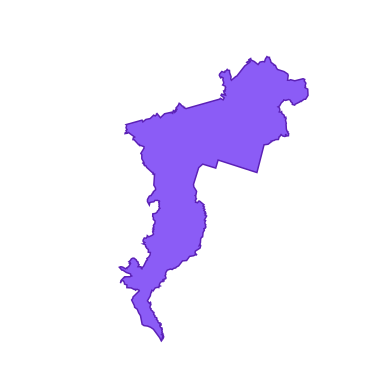 Magdalena, Jalisco, Mexico, rotated 287°
{"feature_id": "50627088B43040746826510", "entity_name": "Magdalena", "entity_type": "district", "adm_level": 2, "iso_a3": "MEX", "parent_name": "Mexico", "parent_adm1": "Jalisco", "projection": "mercator", "projection_center": [-104.086, 20.911], "detail": "fine", "context": "isolated", "style": "filled", "palette": "violet", "viewbox_px": 384, "rotation_deg": 287, "n_neighbors": 0, "source": "geoboundaries", "source_scale": "gbopen_adm2", "svg_char_len": 6044}
<svg xmlns="http://www.w3.org/2000/svg" viewBox="0 0 384 384"><g transform="rotate(287 192 192)"><path d="M318.3,274.7L324.2,272.6L324.9,269.5L326.2,269.7L326.6,269.2L329.4,269.1L331.0,266.9L332.6,266.9L332.8,265.1L328.4,257.8L328.2,253.4L327.3,252.5L326.8,250.7L331.6,249.9L332.8,249.1L334.1,244.8L334.2,237.9L335.5,236.3L337.2,235.0L337.5,234.4L337.2,233.5L337.8,233.3L339.1,229.7L341.8,227.9L342.2,227.1L343.4,226.7L343.1,224.8L343.4,224.1L340.7,223.3L337.7,223.3L337.5,221.6L336.1,219.0L333.2,217.9L335.0,213.4L335.5,209.9L336.8,209.1L335.2,207.7L333.7,209.6L332.6,209.0L333.6,207.7L332.0,206.4L331.3,208.1L328.0,205.6L316.0,201.0L315.1,200.0L310.4,197.0L311.5,196.0L313.6,195.7L317.1,193.1L319.2,192.3L319.0,190.5L319.5,189.8L318.0,189.3L317.1,188.1L316.1,188.4L315.8,188.0L316.0,185.3L312.8,183.9L311.6,184.0L309.8,185.7L309.5,186.2L310.6,186.7L310.1,188.6L308.2,188.7L306.3,190.2L304.8,190.5L303.3,190.0L302.9,192.7L302.0,193.6L301.1,193.3L300.1,194.0L299.2,193.5L297.9,194.7L298.4,194.0L297.9,192.7L295.9,194.0L295.7,194.9L294.4,195.8L294.3,191.7L292.8,191.5L291.4,195.3L289.2,194.8L289.9,191.7L288.9,191.3L270.0,161.9L270.2,160.0L270.8,160.0L270.7,158.8L271.4,158.3L271.4,157.1L272.7,155.2L273.1,153.8L270.7,153.5L267.6,152.1L266.8,153.3L265.9,152.2L265.3,152.3L265.0,153.2L263.1,152.2L264.5,150.9L264.5,150.4L261.6,150.5L261.9,149.6L261.6,148.6L262.1,148.7L258.8,142.9L253.8,140.1L256.8,135.6L256.1,135.2L255.7,135.6L254.0,134.6L254.3,132.9L250.0,130.5L247.9,126.7L244.7,124.5L246.1,123.2L237.2,109.3L237.0,109.8L235.9,110.1L234.1,110.1L232.6,111.7L231.6,110.9L229.8,112.4L229.3,110.9L228.3,110.9L229.3,113.0L230.3,113.8L227.8,121.1L226.5,120.0L224.8,120.2L225.0,121.5L221.6,127.2L222.0,127.9L221.1,128.4L221.5,129.8L221.3,132.8L219.8,133.3L213.9,131.8L213.0,133.1L209.1,134.3L206.4,137.2L205.3,136.5L205.0,137.2L205.3,137.8L204.5,138.2L204.5,137.8L203.7,138.4L203.3,139.1L203.7,140.0L202.2,141.6L198.3,149.8L197.8,149.5L197.8,149.9L198.3,149.8L197.2,150.9L197.5,151.1L187.4,153.5L185.2,155.9L183.5,156.5L180.9,154.9L180.0,155.2L179.5,154.6L176.7,154.0L176.4,153.2L175.3,152.3L171.8,151.6L169.8,152.2L167.1,155.0L168.5,154.9L169.1,154.3L170.3,155.8L171.5,158.4L173.1,159.0L173.9,161.4L173.8,163.5L173.3,163.7L172.5,163.2L171.1,164.3L170.7,164.0L169.2,164.8L168.4,164.6L167.0,166.1L165.9,165.2L165.2,165.5L163.5,164.5L162.4,164.5L160.9,163.3L159.7,160.9L157.2,161.5L156.4,162.5L154.5,163.0L153.5,165.1L152.9,165.3L150.7,165.7L150.0,165.1L148.4,164.9L147.4,165.8L146.0,165.2L145.4,166.4L144.8,166.4L144.2,165.6L143.3,166.6L142.5,166.0L140.5,167.5L139.2,166.8L136.5,163.8L137.2,162.0L135.6,162.2L134.4,161.6L134.1,159.8L131.6,159.3L130.4,159.7L129.9,161.5L129.3,160.9L128.5,161.4L128.1,160.6L127.9,162.9L126.1,163.7L126.2,164.2L125.0,165.1L124.2,167.1L121.6,167.8L122.0,169.9L119.7,170.3L117.0,169.6L115.2,168.3L114.2,169.2L113.0,168.4L106.7,167.4L105.2,166.5L103.9,166.6L103.9,166.0L105.6,165.0L104.8,162.2L107.0,162.7L107.7,161.5L109.3,160.9L109.6,159.6L110.8,158.5L111.8,155.9L111.3,154.5L110.2,153.5L108.5,153.1L106.8,152.0L106.3,153.6L105.8,154.0L105.3,153.3L105.0,154.0L102.1,153.2L100.5,151.8L99.9,152.0L100.0,151.5L99.1,150.8L99.8,148.4L99.9,146.7L99.6,145.5L98.8,144.5L96.8,147.7L97.0,148.9L95.8,152.8L95.7,157.1L94.6,157.7L94.1,158.9L92.9,157.5L91.2,152.3L90.5,152.5L90.2,151.8L86.6,150.0L83.9,150.2L86.8,150.7L86.9,152.4L85.6,153.8L84.2,154.4L84.1,156.9L81.5,157.7L82.5,161.9L81.9,165.2L82.4,165.9L81.6,166.7L82.9,167.8L82.6,170.1L82.1,170.5L74.4,166.3L72.9,166.5L71.1,165.8L66.5,170.1L65.0,170.8L63.9,173.9L60.9,176.3L58.8,178.8L50.9,183.0L50.2,185.1L50.8,188.8L50.5,192.0L49.5,195.2L43.2,203.7L40.6,206.2L41.6,206.6L42.4,206.2L42.8,206.8L43.9,206.2L44.3,206.4L43.9,207.2L45.2,207.3L45.6,207.0L45.6,206.2L46.6,206.4L46.7,204.8L47.8,205.7L48.5,205.1L48.5,204.3L49.9,204.3L50.9,203.5L51.5,203.8L52.3,203.5L52.3,202.9L53.1,203.0L53.3,201.6L54.6,200.3L55.2,200.3L55.6,201.3L56.7,201.0L56.2,200.1L57.5,199.6L57.1,198.5L57.8,197.4L58.9,197.0L59.8,195.3L60.5,195.5L61.4,195.0L61.7,192.9L63.0,192.6L63.6,191.2L65.7,190.8L65.9,189.4L66.5,189.2L67.4,187.0L68.5,186.9L68.9,185.8L70.0,185.3L72.3,185.6L72.6,184.9L73.6,185.1L74.4,184.5L73.2,183.6L74.9,181.2L80.6,182.5L83.2,182.1L84.1,182.6L84.5,182.3L86.3,182.4L86.0,183.7L89.6,184.9L90.8,187.1L90.9,188.2L92.0,188.0L92.8,189.0L92.9,188.3L93.7,187.9L95.2,187.9L97.5,189.0L97.8,190.3L98.4,190.1L98.6,190.9L99.5,190.2L99.5,191.0L100.6,190.8L101.3,192.1L102.2,192.3L104.3,190.7L105.3,191.1L106.9,190.4L110.0,191.2L112.0,193.9L112.1,195.7L113.7,196.9L114.6,198.6L115.7,199.0L117.4,200.8L123.3,203.0L124.9,206.9L129.7,208.5L131.6,212.3L132.8,213.3L133.0,214.5L133.4,214.7L134.7,212.7L136.5,212.5L140.7,216.1L143.3,216.0L143.9,215.4L143.1,214.6L145.9,214.9L149.7,214.0L151.6,214.4L152.1,215.2L152.7,215.2L156.5,214.4L159.1,215.0L160.4,214.1L161.4,215.3L162.3,215.1L162.6,215.5L164.0,214.6L164.8,214.7L165.5,213.6L167.1,213.1L168.6,213.4L168.9,212.0L173.3,213.0L173.8,211.2L174.9,211.6L175.5,210.2L176.5,210.5L176.4,210.9L176.9,210.6L177.8,208.7L179.2,209.3L179.8,207.7L181.3,208.2L181.9,206.6L183.3,207.2L185.5,201.9L185.2,201.0L183.4,200.5L183.2,198.4L184.3,198.2L185.0,197.6L186.8,198.2L187.1,197.6L189.2,196.8L189.5,196.1L190.2,196.6L194.0,196.2L197.5,192.2L199.8,191.2L217.3,191.3L221.8,194.1L221.8,207.7L230.2,207.6L229.6,248.4L258.2,247.1L259.9,250.8L263.1,253.1L263.7,252.9L263.7,253.6L264.5,253.9L265.2,255.3L266.5,256.6L267.5,259.3L270.2,259.2L270.6,259.7L273.0,260.4L272.1,262.2L272.2,264.5L272.8,265.4L274.8,264.5L273.3,266.2L274.0,267.8L276.2,267.3L276.7,266.2L277.6,266.2L277.7,265.4L279.6,263.9L284.4,262.1L285.0,262.2L288.0,260.4L289.7,260.5L291.0,259.8L290.3,258.7L292.4,257.6L293.3,255.1L295.0,254.2L294.3,253.7L294.1,252.0L295.9,252.2L297.4,251.4L298.4,250.5L298.6,249.4L299.9,250.6L303.4,251.3L305.5,252.6L306.9,252.8L306.9,254.6L308.7,257.4L308.6,258.9L308.1,259.7L307.4,259.9L306.5,261.9L305.1,262.3L305.1,264.8L306.1,265.0L309.4,268.5L310.5,269.1L310.8,269.6L310.5,269.9L313.4,272.0L313.9,273.5L318.3,274.7Z" fill="#8b5cf6" stroke="#5b21b6" stroke-width="1.5"/></g></svg>